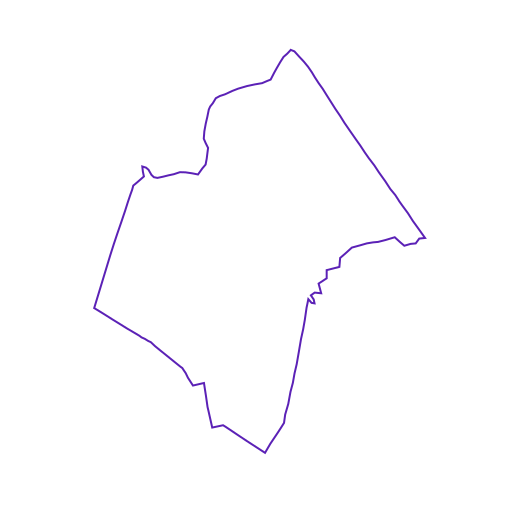 Heet, Al-Anbar, Iraq, rotated 168°
{"feature_id": "34846034B36962706181157", "entity_name": "Heet", "entity_type": "district", "adm_level": 2, "iso_a3": "IRQ", "parent_name": "Iraq", "parent_adm1": "Al-Anbar", "projection": "albers", "projection_center": [42.654, 33.814], "detail": "fine", "context": "isolated", "style": "outline", "palette": "violet", "viewbox_px": 512, "rotation_deg": 168, "n_neighbors": 0, "source": "geoboundaries", "source_scale": "gbopen_adm2", "svg_char_len": 2080}
<svg xmlns="http://www.w3.org/2000/svg" viewBox="0 0 512 512"><g transform="rotate(168 256 256)"><path d="M425.1,238.7L417.7,231.7L409.7,223.9L397.2,211.9L386.6,202.2L384.9,200.2L382.0,198.1L379.1,195.3L376.8,193.6L373.5,188.8L369.0,183.2L357.3,168.8L352.9,163.4L351.4,161.8L350.4,159.2L349.1,156.0L347.9,151.1L344.6,142.4L333.3,142.6L333.7,135.7L334.0,130.1L334.4,124.1L334.8,118.4L334.7,114.4L334.5,97.3L323.4,97.3L321.3,95.3L311.4,85.1L303.5,77.0L288.1,61.6L281.0,69.4L274.8,75.4L271.5,78.6L267.5,82.6L263.3,86.9L260.4,94.9L255.2,104.6L250.5,116.0L246.3,124.3L242.7,133.2L238.7,141.7L234.2,152.9L229.2,165.5L225.2,174.3L221.6,183.2L217.3,194.9L215.4,199.2L213.8,202.9L211.4,198.6L208.6,197.5L208.6,201.5L210.5,206.1L206.2,208.0L200.0,206.0L200.5,216.0L191.5,219.5L189.8,227.5L176.7,228.0L174.1,236.6L168.4,239.7L160.5,244.3L151.8,244.8L144.9,245.3L138.7,245.0L133.7,244.4L126.1,244.7L116.4,245.5L112.1,239.5L108.8,235.2L102.2,235.7L97.2,235.1L92.7,239.1L86.9,238.5L91.1,248.2L95.3,257.7L98.5,266.3L102.5,275.1L104.7,280.2L104.8,280.6L107.1,286.7L110.7,293.6L114.0,302.2L118.4,312.3L121.4,320.0L125.3,328.2L128.1,334.8L131.0,342.3L134.0,349.2L137.2,356.8L138.0,358.7L141.9,368.1L144.6,375.6L147.8,383.4L150.8,391.5L153.5,398.8L156.0,405.7L158.8,412.1L161.3,418.6L163.1,423.9L165.7,430.2L168.8,436.2L172.3,442.0L175.9,448.2L179.2,450.4L179.5,450.1L183.4,447.4L187.7,445.0L191.9,440.7L196.7,435.4L200.1,431.5L205.0,425.5L208.6,424.9L214.1,423.8L221.5,424.1L229.4,424.1L238.7,423.4L244.8,422.4L252.7,420.6L258.1,420.0L262.5,418.7L266.5,414.4L269.7,411.8L271.7,409.1L274.7,402.2L277.6,396.0L280.6,388.7L282.7,381.6L281.8,377.1L280.4,371.7L282.2,366.6L284.0,361.4L286.3,355.9L290.2,352.9L295.8,347.8L296.0,347.9L301.4,350.2L307.6,352.5L313.0,353.8L319.4,353.1L324.8,353.1L330.5,352.9L336.2,352.9L339.5,354.3L341.4,357.1L343.2,362.7L345.2,365.3L348.6,367.2L349.1,362.0L349.1,357.1L351.8,355.6L356.8,352.8L361.4,350.4L363.4,346.5L365.9,342.5L370.0,335.6L374.6,327.5L380.7,317.2L386.9,306.9L392.5,297.4L398.2,287.4L425.1,238.7Z" fill="none" stroke="#5b21b6" stroke-width="2"/></g></svg>